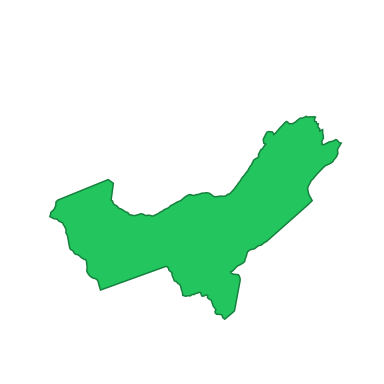 the district of Banabuiú, Ceará, Brazil, rotated 216°
{"feature_id": "56859067B2884991819750", "entity_name": "Banabuiú", "entity_type": "district", "adm_level": 2, "iso_a3": "BRA", "parent_name": "Brazil", "parent_adm1": "Ceará", "projection": "equal_earth", "projection_center": [-38.898, -5.294], "detail": "fine", "context": "isolated", "style": "filled", "palette": "green", "viewbox_px": 384, "rotation_deg": 216, "n_neighbors": 0, "source": "geoboundaries", "source_scale": "gbopen_adm2", "svg_char_len": 3999}
<svg xmlns="http://www.w3.org/2000/svg" viewBox="0 0 384 384"><g transform="rotate(216 192 192)"><path d="M292.5,88.5L288.2,89.2L286.9,89.9L284.8,90.7L282.6,90.2L280.5,90.6L278.4,91.0L277.0,90.0L275.4,89.5L273.8,88.6L272.3,88.0L271.1,86.6L270.1,84.9L268.5,84.2L266.9,83.3L265.8,82.2L264.7,81.2L263.3,79.9L262.2,78.7L260.9,77.5L259.5,76.2L258.3,75.1L257.2,74.3L255.8,74.2L254.3,74.4L252.9,74.1L251.1,73.2L249.3,73.3L247.9,74.0L246.2,74.2L244.2,74.1L242.8,73.8L241.2,74.0L239.6,74.1L238.2,74.8L236.6,73.8L234.8,71.8L233.4,70.4L232.2,68.9L231.3,67.1L230.4,66.0L228.8,65.1L227.0,64.5L225.0,64.0L223.5,64.0L221.7,64.1L219.3,65.1L217.0,65.2L215.1,64.2L213.2,62.6L211.7,61.4L210.2,60.3L208.4,58.9L169.6,116.2L168.3,117.0L166.5,116.6L164.6,115.2L162.7,115.0L160.9,115.0L159.9,113.6L158.7,112.7L157.1,111.7L155.5,110.7L154.3,109.8L153.0,109.9L151.7,110.4L150.0,109.7L147.9,109.9L146.2,109.4L144.6,108.0L143.0,106.6L141.2,105.6L140.0,104.3L138.7,102.9L137.1,103.5L135.8,103.9L134.5,105.5L132.4,106.9L131.6,109.2L130.0,110.3L129.2,112.3L128.1,113.5L127.2,115.0L125.8,115.6L124.1,114.3L122.7,113.6L121.1,115.0L120.0,117.2L118.4,117.4L117.4,115.6L115.4,115.4L113.1,115.8L111.4,114.8L110.0,113.7L107.5,112.0L103.6,111.0L103.2,109.0L102.2,107.8L100.2,107.6L98.1,108.9L96.1,110.1L94.9,109.8L93.8,108.7L92.4,108.4L90.7,108.4L88.2,118.5L87.8,120.9L100.9,148.4L101.9,149.9L103.3,151.1L104.6,151.9L106.0,152.3L110.3,149.8L112.8,149.4L113.9,150.2L112.7,151.9L112.3,154.6L112.0,157.5L111.5,159.4L110.3,161.4L108.8,165.1L108.6,167.0L109.4,168.5L110.4,172.2L111.2,174.1L111.9,176.2L111.1,179.3L109.2,181.5L108.0,182.9L106.8,187.3L105.7,188.7L104.7,189.9L103.8,193.3L102.6,195.9L93.8,235.7L90.6,250.2L89.7,255.7L91.2,256.4L94.5,257.9L96.1,258.8L98.5,260.8L100.7,263.0L101.3,265.0L101.8,268.4L102.2,271.0L101.8,274.1L101.6,278.0L101.0,283.0L100.0,289.6L99.6,291.6L97.4,295.4L96.5,297.3L95.9,299.6L96.1,301.6L95.8,305.2L96.6,308.9L97.9,310.3L99.0,311.4L99.5,313.3L100.0,319.3L101.7,318.6L103.3,318.7L104.7,319.3L106.4,319.0L108.3,315.4L110.2,313.5L112.0,310.2L112.9,308.1L114.7,306.8L115.5,308.1L116.7,309.1L117.4,312.9L119.0,314.8L120.6,316.1L123.0,319.2L124.5,316.4L126.0,318.3L128.1,318.4L129.2,319.9L129.8,321.4L131.3,320.6L132.8,321.9L134.4,321.2L135.9,323.3L136.0,325.1L137.4,324.8L138.9,323.4L140.8,322.1L142.8,320.4L144.1,320.4L144.9,318.7L146.0,316.8L147.8,315.5L148.7,312.8L149.2,310.4L150.0,308.0L151.1,306.1L153.0,304.7L154.4,304.3L155.6,304.9L157.1,304.6L157.7,302.3L158.0,299.0L158.5,296.2L158.7,293.4L158.9,290.8L159.1,288.7L159.6,286.5L160.7,287.4L162.4,287.8L164.0,286.8L165.5,286.0L166.6,284.4L166.3,282.4L165.8,279.2L165.4,276.7L164.2,275.2L162.4,273.6L160.5,274.1L160.6,270.9L160.4,268.4L161.2,266.7L160.8,264.8L160.5,262.7L160.2,261.0L158.9,260.3L159.2,258.0L160.1,256.4L160.8,254.2L160.4,251.1L159.9,249.4L160.0,247.0L159.7,244.1L159.4,242.1L159.6,239.0L159.5,236.7L159.9,232.7L159.6,230.5L159.5,228.3L159.7,226.1L159.5,223.9L159.7,222.2L159.6,220.0L159.8,217.3L160.1,215.1L160.5,212.4L161.8,211.2L162.3,208.9L163.5,207.4L164.9,206.5L166.3,205.6L168.2,203.9L169.8,202.2L171.9,201.1L173.9,201.2L175.4,201.3L177.1,201.2L179.1,200.4L180.6,199.3L181.8,198.0L183.4,196.8L184.4,195.3L185.5,193.7L187.0,192.4L188.4,190.2L190.2,189.5L191.7,189.0L193.0,187.8L194.0,185.7L194.8,183.6L195.3,181.5L195.7,179.6L196.4,177.7L197.7,175.9L198.9,173.3L199.7,171.5L200.4,169.9L201.3,168.5L201.4,166.7L202.0,164.9L203.0,163.3L204.3,160.9L204.8,158.9L206.0,156.8L206.9,154.0L208.2,151.9L209.2,149.9L210.5,149.0L212.3,148.4L214.1,147.3L215.4,145.8L216.6,145.5L218.6,145.3L220.4,144.5L221.6,142.9L223.1,140.9L224.8,138.9L226.4,138.2L227.8,137.6L229.3,136.8L230.6,137.3L232.1,137.7L233.7,136.9L235.6,136.9L237.3,136.8L239.4,136.6L241.3,135.9L243.1,136.2L244.9,136.6L246.7,136.1L248.7,136.4L249.9,137.2L251.1,138.0L252.7,137.9L260.7,152.8L267.1,152.8L295.8,106.6L296.2,104.2L295.3,102.6L294.1,100.7L293.8,98.9L293.4,97.1L293.8,94.6L294.2,92.6L293.4,91.0L292.5,88.5Z" fill="#22c55e" stroke="#15803d" stroke-width="1.5"/></g></svg>